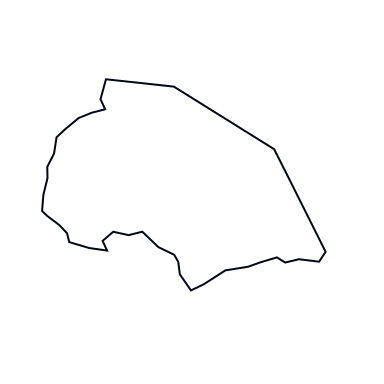 Venha-Ver, Rio Grande do Norte, Brazil (Robinson projection), rotated 20°
{"feature_id": "56859067B44091941212152", "entity_name": "Venha-Ver", "entity_type": "district", "adm_level": 2, "iso_a3": "BRA", "parent_name": "Brazil", "parent_adm1": "Rio Grande do Norte", "projection": "robinson", "projection_center": [-38.535, -6.321], "detail": "fine", "context": "isolated", "style": "outline", "palette": "ink", "viewbox_px": 384, "rotation_deg": 20, "n_neighbors": 0, "source": "geoboundaries", "source_scale": "gbopen_adm2", "svg_char_len": 627}
<svg xmlns="http://www.w3.org/2000/svg" viewBox="0 0 384 384"><g transform="rotate(20 192 192)"><path d="M93.8,281.1L114.5,279.8L132.2,276.1L124.7,268.5L131.6,256.3L147.2,254.2L158.9,246.3L179.2,255.3L196.8,257.1L203.0,262.4L208.7,273.5L224.7,284.8L234.5,274.8L250.2,254.2L270.2,243.1L280.7,234.4L294.2,224.4L303.7,226.4L315.5,218.6L335.3,214.0L338.0,202.5L280.4,148.0L254.6,123.7L138.9,99.2L72.6,115.5L74.3,136.1L82.1,144.0L70.8,151.7L60.2,161.2L51.5,176.1L46.0,186.9L49.2,203.0L47.4,217.8L51.5,228.6L53.3,245.5L57.6,261.1L64.1,264.0L78.7,268.5L88.7,273.5L93.8,281.1Z" fill="none" stroke="#020617" stroke-width="2"/></g></svg>